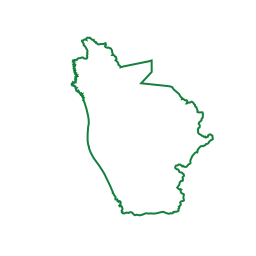 the district of Islay, Arequipa, Peru, rotated 44°
{"feature_id": "86281439B92685441035465", "entity_name": "Islay", "entity_type": "district", "adm_level": 2, "iso_a3": "PER", "parent_name": "Peru", "parent_adm1": "Arequipa", "projection": "orthographic", "projection_center": [-71.814, -16.98], "detail": "fine", "context": "isolated", "style": "outline", "palette": "green", "viewbox_px": 256, "rotation_deg": 44, "n_neighbors": 0, "source": "geoboundaries", "source_scale": "gbopen_adm2", "svg_char_len": 5701}
<svg xmlns="http://www.w3.org/2000/svg" viewBox="0 0 256 256"><g transform="rotate(44 128 128)"><path d="M52.9,82.6L52.6,83.0L52.6,83.7L52.0,84.3L51.4,85.3L50.5,86.0L48.5,88.6L47.2,88.6L46.1,89.1L45.5,88.5L44.9,88.5L44.3,89.0L43.1,89.2L42.8,89.0L42.4,88.5L42.1,88.4L41.6,89.0L40.5,89.5L39.5,89.4L38.6,89.6L37.9,89.5L37.6,90.1L37.1,90.3L35.9,91.4L35.9,92.4L36.3,93.1L36.9,93.5L36.0,93.8L35.1,94.6L35.0,96.1L34.2,97.1L34.6,97.5L35.7,97.6L36.3,98.0L37.6,98.1L38.6,99.3L40.3,99.1L44.7,100.3L45.9,101.3L46.5,102.5L47.6,103.0L48.2,104.5L49.1,104.9L49.5,105.6L49.9,105.8L50.0,106.9L49.8,107.2L48.0,108.5L46.4,108.7L45.7,109.4L45.2,110.8L43.9,112.2L43.6,113.4L43.9,114.5L42.2,116.3L42.3,116.5L41.8,117.2L42.1,117.3L42.0,117.6L42.4,117.6L42.1,117.8L42.2,118.6L42.6,118.6L42.6,118.0L42.9,118.0L43.2,118.5L43.7,118.7L44.0,119.3L44.6,119.7L45.2,119.5L45.4,119.1L46.2,119.1L46.6,119.8L46.4,120.2L46.6,120.5L46.0,120.7L46.4,120.8L46.2,121.3L46.7,121.3L46.7,121.9L46.9,122.1L48.4,122.2L48.7,122.7L48.4,123.1L48.7,123.1L49.0,122.9L50.1,123.0L50.2,123.3L49.5,124.2L49.8,124.4L50.1,124.3L50.1,124.6L50.5,125.0L51.1,125.1L51.3,124.7L51.6,124.9L52.1,124.7L52.0,125.7L52.8,126.2L52.6,125.9L53.1,125.9L53.0,125.5L53.8,125.2L54.2,125.8L54.6,125.5L54.6,125.8L55.5,125.9L54.8,126.9L54.6,126.9L54.7,127.3L55.1,127.3L54.9,127.6L55.2,127.7L55.2,128.1L55.4,128.1L55.4,128.3L56.2,128.6L56.2,129.0L56.4,129.1L56.2,129.4L56.5,129.5L56.5,130.0L56.9,130.1L57.3,129.8L57.5,130.7L57.8,130.6L58.7,131.5L57.6,132.4L57.7,132.7L57.5,132.9L57.8,133.1L57.5,133.5L56.8,133.5L57.0,133.8L56.8,134.3L57.1,134.6L56.8,135.2L57.0,135.6L57.4,135.8L57.4,135.4L57.7,135.4L58.5,135.8L58.8,135.3L59.5,135.5L59.8,135.1L60.3,135.1L60.4,134.8L60.9,135.0L61.3,134.8L61.5,135.0L61.9,135.0L62.2,135.5L62.8,135.9L63.1,135.9L63.3,135.5L63.4,136.0L63.8,136.0L64.3,136.8L64.8,137.0L65.1,136.8L64.9,136.6L65.5,136.5L66.2,136.9L67.1,136.7L67.3,136.5L67.0,135.8L67.3,135.9L67.6,136.4L68.1,136.1L68.7,136.4L68.8,136.2L68.7,135.7L69.2,136.3L69.7,136.6L69.9,136.4L69.8,136.1L70.0,135.7L70.4,136.1L70.5,135.9L71.1,136.2L71.4,135.6L71.5,136.0L71.6,135.8L71.9,135.9L71.8,136.5L72.3,136.3L72.5,136.0L72.8,136.0L72.7,136.7L72.9,137.0L73.3,136.8L73.8,137.3L74.5,136.8L74.9,137.1L75.1,137.0L75.2,137.8L75.7,137.9L75.8,138.2L76.2,138.3L76.5,139.2L77.0,139.0L79.2,140.0L84.5,142.9L90.6,146.8L93.5,149.0L95.6,150.9L97.3,152.8L98.5,154.8L102.9,160.1L106.6,164.0L108.6,165.9L110.8,167.6L111.5,167.8L112.4,168.5L112.9,168.5L113.8,169.5L118.0,171.5L122.3,172.9L125.4,173.7L135.0,175.4L136.5,175.9L137.9,176.1L142.8,177.4L154.8,181.8L161.5,184.6L162.2,185.4L162.6,185.1L164.4,185.8L167.2,186.4L167.7,187.3L168.5,188.0L168.8,187.7L169.3,187.7L169.9,186.8L171.0,187.5L171.5,187.3L171.6,187.6L171.9,187.3L172.4,187.4L172.8,186.4L173.0,186.5L173.1,186.9L173.5,186.4L173.8,186.3L174.7,186.7L174.9,187.3L175.3,187.7L175.7,190.0L176.2,190.0L176.1,189.8L176.5,189.5L176.6,188.8L177.3,189.1L177.6,188.8L178.3,188.9L179.6,189.5L180.3,190.0L180.8,191.4L181.0,192.1L182.1,192.1L182.3,192.9L183.0,192.8L183.4,193.0L184.8,191.9L185.7,189.8L187.4,188.8L187.8,187.4L188.5,186.5L190.2,186.0L192.0,186.2L193.6,185.9L194.5,184.3L197.1,182.7L198.8,179.9L199.7,177.6L200.2,177.0L201.0,176.1L202.4,175.2L203.8,173.5L205.8,171.9L207.9,169.4L210.2,165.6L211.0,164.5L211.8,163.7L214.9,162.5L216.8,161.4L217.2,161.0L217.7,159.8L219.0,158.9L219.4,157.8L219.0,157.0L219.7,156.3L219.9,155.6L220.9,154.8L221.7,153.1L221.8,152.3L220.5,151.3L220.6,150.5L220.3,149.7L219.2,149.3L219.5,147.8L219.1,146.3L217.5,145.5L217.3,145.2L217.1,144.4L217.4,143.5L218.5,141.8L218.5,141.2L216.0,139.4L214.5,137.1L213.9,136.9L211.8,137.7L210.7,137.5L209.3,136.6L209.1,136.2L209.1,135.3L208.1,135.6L207.6,136.4L206.6,136.7L204.9,136.7L204.9,136.1L204.5,135.4L204.6,134.9L204.2,132.9L203.8,132.2L203.3,131.8L203.0,130.8L203.1,130.1L202.9,129.3L203.4,128.4L203.9,128.2L203.9,127.6L203.1,126.7L201.6,125.7L201.4,125.1L201.6,123.9L201.1,123.1L200.0,122.6L199.1,122.9L198.4,122.6L197.7,122.7L196.2,123.7L195.3,123.9L194.1,123.2L192.9,123.0L191.8,123.8L190.0,124.0L189.3,123.5L188.7,122.5L188.6,121.8L189.2,120.9L189.7,120.5L189.8,119.0L191.0,118.1L192.2,117.9L193.6,117.9L193.5,117.3L193.7,117.0L195.0,116.9L195.7,116.7L196.8,115.6L197.1,114.9L196.8,112.4L197.5,110.2L197.1,109.6L195.9,108.6L195.3,107.8L193.7,103.5L193.5,99.0L193.9,98.1L194.8,97.4L194.1,96.2L193.4,95.8L193.0,93.1L193.0,90.7L193.6,89.8L194.6,89.0L194.7,88.2L195.2,87.6L195.5,86.6L195.2,86.0L195.3,85.5L196.2,84.0L196.3,82.5L195.9,81.4L195.9,80.6L196.1,80.2L196.1,79.3L196.8,77.2L194.0,74.9L191.6,75.4L191.4,75.6L190.7,77.4L191.5,78.6L190.7,80.7L190.5,80.9L190.1,80.6L189.4,80.5L188.7,81.7L187.6,81.7L186.7,82.2L185.7,82.2L183.1,82.9L181.6,82.6L181.1,82.2L180.3,81.1L179.6,80.9L179.1,79.9L178.7,79.5L179.1,78.0L178.6,77.0L177.3,76.0L175.9,75.8L175.6,75.4L175.3,74.0L175.6,72.0L175.4,71.1L174.7,70.6L174.4,68.3L173.4,67.4L172.5,66.1L170.8,65.0L170.5,65.1L168.4,67.4L166.9,68.3L166.7,68.2L166.5,67.5L162.6,65.5L161.6,65.8L160.6,65.4L160.4,65.0L160.0,64.8L159.2,64.9L157.2,64.5L155.9,64.7L155.3,65.1L154.8,66.7L153.6,68.1L153.4,69.3L153.1,69.6L152.9,68.5L151.8,67.4L151.3,67.3L150.8,67.4L150.4,68.1L149.2,68.6L148.0,68.6L146.7,69.1L147.1,69.3L146.9,69.6L146.6,69.3L146.5,69.6L146.1,69.1L145.0,68.9L143.8,68.9L141.1,68.1L133.9,68.5L131.5,67.9L131.1,68.0L129.8,68.6L127.6,70.1L106.4,86.7L106.1,71.2L98.1,63.0L96.5,65.8L82.2,86.5L80.4,89.6L79.9,89.1L79.3,88.9L77.0,89.1L75.9,88.1L75.3,88.0L73.2,87.7L72.0,88.0L71.9,86.4L69.9,85.3L68.9,85.7L68.2,85.4L66.9,85.5L66.0,86.4L65.9,85.8L65.4,85.1L63.9,84.5L62.9,83.4L60.6,82.8L60.0,82.8L59.6,83.2L58.1,83.6L57.4,84.7L55.5,85.4L55.0,85.3L54.4,84.7L54.4,83.7L54.1,83.3L52.9,82.6Z" fill="none" stroke="#15803d" stroke-width="2"/></g></svg>